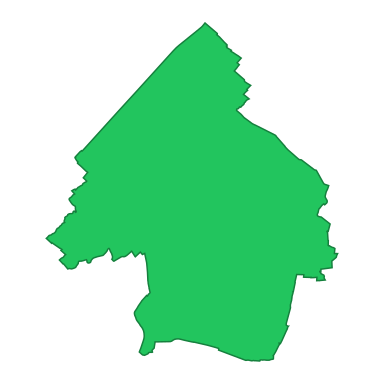 Teylingen, Zuid-Holland, Netherlands
{"feature_id": "6326949B97280521048387", "entity_name": "Teylingen", "entity_type": "district", "adm_level": 2, "iso_a3": "NLD", "parent_name": "Netherlands", "parent_adm1": "Zuid-Holland", "projection": "albers", "projection_center": [4.511, 52.217], "detail": "fine", "context": "isolated", "style": "filled", "palette": "green", "viewbox_px": 384, "rotation_deg": 0, "n_neighbors": 0, "source": "geoboundaries", "source_scale": "gbopen_adm2", "svg_char_len": 5792}
<svg xmlns="http://www.w3.org/2000/svg" viewBox="0 0 384 384"><path d="M316.3,170.3L314.4,169.8L301.4,159.9L299.0,159.5L287.8,149.7L284.9,146.6L285.0,146.4L276.3,136.5L275.9,135.7L275.3,135.2L255.1,125.0L254.5,124.8L252.2,123.6L244.5,117.9L244.4,118.0L241.2,114.4L236.6,110.5L236.6,110.2L236.6,109.9L236.8,109.2L237.0,108.9L237.8,108.8L238.2,108.6L238.7,108.2L239.4,107.1L239.6,107.0L239.8,106.9L240.6,107.2L241.0,107.0L242.2,105.6L243.6,104.6L244.1,103.7L244.3,102.9L244.5,102.6L245.2,102.1L246.3,100.5L247.1,99.9L249.1,98.9L243.5,94.4L245.4,92.3L247.6,90.3L246.8,89.4L250.7,85.4L247.0,83.2L244.7,81.6L244.5,81.3L244.4,79.9L244.1,79.5L234.3,71.0L237.0,67.7L237.5,66.9L239.3,64.7L237.1,62.8L241.2,58.1L238.1,55.8L235.8,54.4L233.6,52.9L230.8,51.2L231.4,50.3L227.1,47.8L227.2,47.7L226.5,46.6L227.2,46.0L226.5,45.1L226.9,44.7L224.3,42.2L219.5,37.0L216.8,34.8L217.1,34.6L217.3,34.3L217.3,33.5L205.0,23.0L202.4,26.2L201.5,27.1L194.8,32.6L179.3,45.1L176.4,47.6L173.1,51.0L137.4,90.4L117.7,111.9L82.9,150.3L82.0,151.1L81.9,151.0L81.8,150.7L81.6,150.6L80.1,151.7L75.4,156.8L75.7,157.2L75.6,157.4L75.5,157.5L75.0,157.8L76.7,160.6L78.0,162.0L77.5,162.8L77.5,163.0L77.5,163.3L80.8,166.1L86.2,171.3L87.2,171.9L87.7,172.3L83.3,177.8L86.7,181.1L86.2,181.8L85.0,182.3L83.1,183.5L82.8,183.9L82.4,184.9L82.2,185.1L80.4,186.0L79.0,186.9L77.9,187.5L77.3,188.3L76.2,189.4L75.7,190.0L75.1,189.1L73.6,189.7L71.8,190.8L74.6,194.0L72.8,195.1L71.6,196.8L69.5,198.3L69.2,198.9L69.1,199.1L69.2,199.5L69.4,200.1L71.0,202.5L72.1,204.0L73.0,204.9L74.9,206.1L75.3,206.4L75.4,206.7L75.4,207.4L75.4,208.6L75.4,209.1L75.5,209.5L75.9,210.6L76.0,211.1L76.2,211.8L76.0,212.0L75.7,212.3L74.3,211.1L74.1,211.0L73.2,211.7L73.1,212.0L73.0,212.8L72.3,213.5L71.9,213.6L70.6,213.6L69.2,213.8L68.6,214.1L67.8,214.6L67.5,215.6L67.3,215.8L65.3,217.0L64.8,217.7L64.8,218.0L65.0,218.6L65.0,218.8L64.4,220.1L64.1,221.1L64.2,221.6L64.7,222.5L63.1,223.1L62.3,223.6L61.3,225.2L59.8,226.3L59.1,227.4L58.9,227.6L59.0,227.6L57.2,228.5L56.3,229.9L55.8,231.3L55.1,232.3L54.5,232.9L53.5,233.5L52.6,233.7L51.0,235.0L50.0,235.2L49.1,235.5L48.8,235.8L47.4,237.4L46.3,238.4L51.5,243.2L51.8,242.7L60.1,248.4L60.5,248.4L61.9,249.4L61.5,249.6L60.9,250.4L65.6,254.6L64.9,255.1L64.4,255.7L63.6,256.9L63.4,257.2L63.0,257.4L61.6,258.1L60.8,258.7L59.4,260.0L63.1,264.0L63.6,263.9L67.8,269.0L69.1,268.5L71.5,268.9L72.8,268.6L74.7,267.9L75.6,267.4L75.9,267.0L76.5,265.9L78.0,263.9L78.2,263.6L78.3,262.5L78.7,261.5L78.8,261.4L79.3,261.2L81.5,261.1L83.5,260.6L86.4,259.7L86.6,260.0L86.8,260.3L86.9,260.7L87.0,261.9L87.4,262.5L87.9,262.9L88.3,263.0L88.9,263.0L89.9,262.7L90.1,262.6L90.7,262.0L90.8,261.8L91.1,260.5L92.4,258.9L93.5,258.0L97.3,256.7L102.9,255.4L103.6,254.9L104.1,254.3L105.7,252.7L107.1,250.9L107.7,249.4L108.5,248.6L108.9,248.4L109.2,248.5L109.5,249.0L110.2,251.0L111.6,253.5L112.4,256.1L112.5,256.6L112.4,258.4L112.4,258.6L111.8,259.2L113.3,260.9L113.9,261.2L117.6,259.0L121.2,256.9L122.1,256.6L123.1,256.6L123.5,256.7L124.1,256.7L125.2,256.4L126.7,255.5L131.7,251.2L135.0,256.5L135.3,256.8L140.3,252.1L142.4,254.5L144.7,253.4L146.6,262.5L146.8,264.1L147.5,272.3L147.9,280.8L148.1,281.8L148.2,283.4L149.3,288.8L149.2,288.8L150.1,292.5L149.8,293.0L149.4,293.5L148.3,294.4L147.5,296.0L147.3,296.1L146.6,295.5L141.9,300.7L141.0,302.1L138.5,305.7L136.9,308.5L135.0,311.3L134.6,312.1L134.4,313.0L134.5,314.1L134.8,315.4L135.7,317.5L136.2,319.1L136.5,319.8L137.3,321.1L139.5,324.0L140.1,325.1L140.3,325.5L142.0,327.6L143.1,329.7L143.6,331.1L144.0,332.9L144.2,335.5L144.2,336.5L144.0,338.3L143.3,340.8L140.8,348.2L139.3,352.0L142.5,354.9L144.6,355.3L147.9,353.8L148.1,353.6L148.6,352.7L150.2,352.3L152.2,352.3L152.5,352.1L152.0,350.4L153.8,348.4L154.1,348.2L155.1,341.9L170.3,341.6L171.2,341.3L171.9,341.0L173.3,340.0L174.7,339.3L176.3,339.0L177.5,338.9L178.8,338.9L180.3,339.2L184.6,340.3L191.9,341.9L193.8,342.2L194.0,342.1L207.5,345.2L215.4,347.4L218.6,348.4L218.7,349.1L218.6,350.1L245.6,360.3L246.3,360.3L247.8,360.1L248.3,360.1L251.6,360.8L252.0,360.8L253.4,360.5L254.3,360.7L255.3,360.7L259.7,361.0L259.9,360.9L260.0,360.7L260.1,360.1L260.4,360.0L261.8,359.9L262.8,360.1L263.7,359.9L264.1,359.9L266.8,360.2L269.2,360.2L271.0,359.5L273.0,359.2L273.4,358.9L273.5,355.8L273.2,355.6L273.3,355.4L273.8,354.9L275.7,351.7L278.5,346.0L279.5,344.3L279.2,343.7L279.2,343.1L280.4,343.6L280.8,342.8L281.8,340.9L286.2,331.1L287.3,328.9L287.2,328.8L287.9,326.8L288.4,326.2L287.8,326.2L286.3,325.2L286.2,324.6L286.3,323.2L290.5,307.8L290.4,307.1L290.4,304.8L290.8,303.3L291.2,301.6L291.5,300.7L291.6,300.2L291.8,298.7L291.7,298.8L291.7,298.5L291.9,296.8L293.0,292.9L293.0,292.4L292.9,291.8L293.3,291.7L295.2,282.5L295.0,281.9L296.7,274.5L303.8,274.7L303.6,277.2L309.7,277.4L311.0,277.3L311.0,277.7L314.1,277.6L316.9,277.3L316.7,280.7L318.6,280.6L319.3,280.7L320.2,280.5L325.2,280.0L324.8,279.3L324.2,278.3L324.1,277.4L324.3,276.6L324.2,276.1L323.9,275.2L320.8,273.5L320.8,272.6L320.3,272.4L319.9,271.8L319.8,271.4L320.0,271.3L320.9,271.2L320.9,269.2L332.1,267.7L331.8,261.1L335.3,258.2L336.3,257.2L336.7,255.5L337.6,253.6L334.4,253.5L334.9,248.5L333.6,247.7L331.8,247.2L329.2,245.7L328.8,245.8L328.2,245.4L328.3,240.4L328.0,240.1L327.5,232.0L327.8,231.7L327.6,231.6L327.2,231.8L327.0,231.7L327.2,231.2L327.5,231.0L328.1,230.8L328.3,230.9L330.1,224.0L321.2,217.0L320.1,216.9L319.0,216.6L318.4,216.4L317.7,215.9L317.5,215.5L317.3,215.2L317.3,214.7L317.3,214.4L317.6,213.6L318.1,212.5L318.6,210.1L318.9,209.0L319.6,208.4L321.8,205.5L323.1,204.4L323.8,203.9L324.7,204.8L326.7,203.0L326.8,202.8L327.1,202.2L327.2,201.3L327.1,200.6L327.0,200.3L325.9,198.5L325.3,197.2L325.2,196.8L325.2,195.9L326.0,192.6L326.3,191.6L327.5,189.2L328.0,187.8L328.7,185.6L325.0,184.4L324.3,184.1L323.7,183.5L323.1,182.6L316.3,170.3Z" fill="#22c55e" stroke="#15803d" stroke-width="1.5"/></svg>